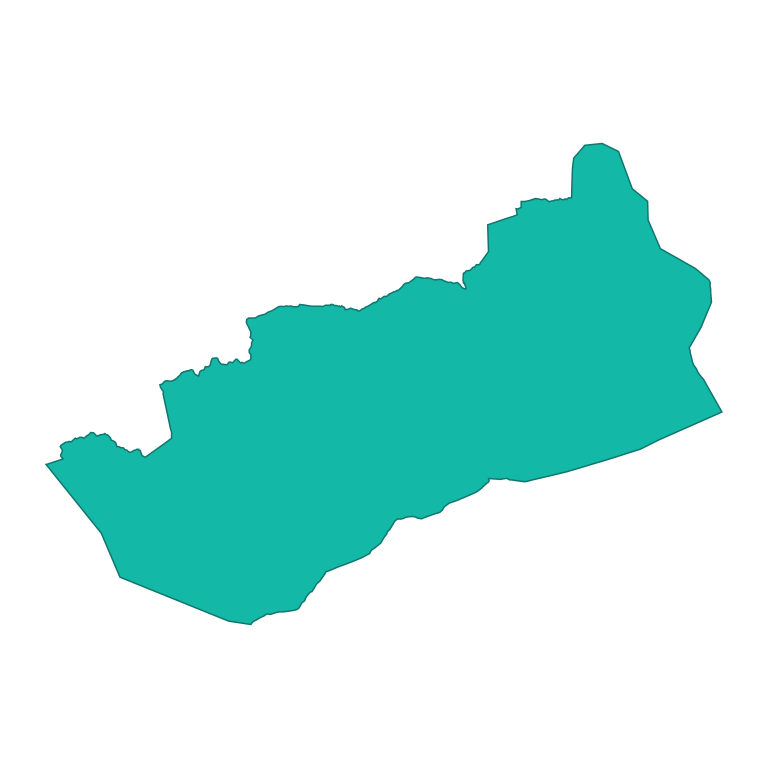 Sagil, Uvs, Mongolia
{"feature_id": "93677404B63603373870282", "entity_name": "Sagil", "entity_type": "district", "adm_level": 2, "iso_a3": "MNG", "parent_name": "Mongolia", "parent_adm1": "Uvs", "projection": "orthographic", "projection_center": [91.136, 50.315], "detail": "fine", "context": "isolated", "style": "filled", "palette": "teal", "viewbox_px": 768, "rotation_deg": 0, "n_neighbors": 0, "source": "geoboundaries", "source_scale": "gbopen_adm2", "svg_char_len": 6044}
<svg xmlns="http://www.w3.org/2000/svg" viewBox="0 0 768 768"><path d="M250.9,624.5L252.0,622.7L253.5,621.4L256.1,620.1L260.4,617.5L263.9,616.0L266.8,613.9L270.3,614.4L275.9,612.6L280.0,611.8L283.3,611.9L291.1,610.8L294.0,610.3L296.7,609.6L298.6,608.4L300.3,605.9L300.9,604.5L302.1,602.4L303.5,601.8L304.6,600.8L306.2,596.8L308.1,594.5L310.4,592.0L311.9,591.7L313.7,588.9L316.5,584.1L320.2,580.7L322.5,577.2L325.0,573.7L325.6,572.0L330.2,570.3L337.9,567.0L352.9,561.4L362.6,557.3L365.2,555.8L369.6,553.6L370.4,551.9L371.7,549.9L374.8,547.9L380.9,542.9L383.9,537.6L386.6,534.2L387.6,531.6L389.6,529.8L394.7,521.3L397.3,519.0L400.6,519.1L403.2,518.5L405.9,517.2L410.4,516.6L412.9,516.5L415.4,517.0L417.6,518.1L421.4,518.8L427.0,516.6L435.2,513.7L439.8,512.4L442.3,510.0L444.2,507.0L448.9,503.3L457.6,500.2L473.0,493.6L476.6,491.9L481.2,488.5L483.7,486.0L487.0,483.0L488.7,481.9L488.7,481.4L489.0,480.6L489.1,480.0L489.0,479.6L488.7,479.3L488.5,478.7L489.0,478.4L489.6,478.4L490.1,478.6L492.4,478.8L497.5,479.1L499.1,479.3L500.9,479.3L502.6,479.0L503.7,478.7L505.6,478.6L506.8,478.3L508.8,479.5L510.0,479.9L511.8,479.9L518.3,480.9L524.8,481.7L526.8,481.4L532.1,480.0L566.6,471.8L609.1,459.1L640.5,449.1L658.6,440.0L721.9,412.0L703.3,379.0L701.6,377.3L701.1,376.5L699.8,375.0L697.7,371.8L696.5,369.0L693.5,364.8L692.2,361.2L691.8,358.9L690.2,352.7L690.0,350.1L689.3,348.6L689.3,347.7L701.0,327.4L711.5,302.1L710.7,292.8L710.6,288.5L710.1,286.4L710.0,285.2L710.2,283.0L709.9,281.8L708.9,279.9L695.4,268.5L660.4,248.7L648.1,220.1L647.6,201.3L632.3,188.8L618.5,151.5L602.2,143.5L584.8,145.3L579.9,151.1L573.7,158.1L572.4,169.1L571.9,186.6L571.6,197.8L568.6,197.8L566.2,199.6L565.1,198.9L564.0,199.6L562.1,199.7L559.9,198.5L558.7,199.8L554.6,200.1L553.2,200.8L550.1,201.3L549.3,201.9L545.5,199.0L543.9,199.1L541.9,199.7L537.1,198.7L534.3,198.6L533.4,199.7L532.1,199.4L531.0,200.1L527.0,201.1L524.6,201.5L521.2,201.5L521.1,207.5L517.6,209.0L516.1,208.7L517.2,214.8L513.1,216.4L504.3,219.2L487.7,224.8L488.5,251.6L481.4,261.5L480.5,262.5L479.8,264.3L478.5,264.7L476.4,264.7L474.8,266.9L472.5,267.6L472.1,268.5L469.6,270.6L468.7,270.5L466.1,271.0L465.3,272.0L464.7,273.2L464.2,273.0L463.8,273.0L463.2,274.0L463.3,275.1L463.0,280.7L463.4,281.2L463.7,281.9L463.7,282.1L463.4,282.5L463.4,282.8L464.2,283.1L463.9,283.3L464.4,283.7L464.5,284.0L464.7,284.5L465.1,285.1L465.1,285.5L465.3,286.1L465.5,286.4L465.6,286.7L465.9,287.2L465.9,288.2L465.8,288.6L465.9,288.9L464.6,288.8L463.1,288.2L462.0,287.5L461.0,286.3L460.4,285.3L459.2,284.0L457.4,282.7L456.4,282.7L454.2,283.3L453.5,283.3L452.9,283.1L451.1,282.3L450.5,282.2L449.8,282.2L448.9,282.4L447.1,282.1L446.0,281.5L444.1,280.9L441.5,279.5L440.2,279.6L439.4,279.3L436.3,279.8L434.3,279.8L433.6,279.7L431.2,278.5L427.2,277.8L426.7,277.9L425.2,278.3L423.5,278.2L421.4,277.7L416.7,277.0L415.5,277.2L414.9,277.8L413.9,279.0L412.9,279.7L411.9,280.5L410.7,281.3L409.0,282.6L405.2,283.4L404.0,284.3L401.6,287.3L398.6,290.0L398.0,290.3L396.4,290.7L396.1,291.0L395.1,291.6L393.9,291.8L393.1,292.3L392.5,292.4L391.0,293.4L389.3,293.9L389.0,294.2L388.9,294.6L388.8,294.9L388.1,295.3L387.5,295.4L387.2,296.0L386.6,296.4L385.7,296.6L385.0,296.3L384.1,296.4L383.2,297.0L382.9,297.5L381.9,298.0L381.5,298.7L380.6,298.9L380.3,298.8L379.4,298.3L379.0,298.4L378.8,298.6L378.4,299.3L378.0,299.8L377.9,300.1L377.8,300.9L377.1,301.3L377.0,301.5L376.2,301.7L375.9,302.5L375.4,302.7L373.9,302.5L373.2,302.7L372.5,303.4L368.1,306.2L367.3,306.4L366.9,306.7L365.6,307.1L365.1,307.7L364.4,308.1L363.5,308.5L362.8,308.9L361.9,309.0L361.0,309.9L360.0,310.5L359.7,311.0L359.0,311.0L357.3,310.6L357.2,310.0L353.5,309.3L350.8,308.2L347.9,309.2L345.4,309.9L344.6,307.6L341.7,305.8L340.4,306.9L339.2,306.0L338.3,306.3L336.1,305.5L334.9,305.6L332.3,304.4L330.5,304.6L329.7,305.7L328.7,305.2L325.2,305.3L323.1,306.5L320.2,306.2L313.0,306.2L310.3,306.1L303.6,304.9L300.8,304.7L299.9,304.4L298.1,306.6L293.9,306.8L290.8,306.0L288.1,306.3L287.0,306.0L285.7,306.0L284.4,306.6L280.7,306.3L278.5,306.7L272.5,310.5L267.8,312.3L265.1,314.2L258.9,315.8L255.3,318.0L248.8,318.0L247.8,318.7L246.7,319.5L246.3,322.2L247.3,324.8L248.8,327.4L249.6,329.6L250.9,331.7L250.7,335.6L250.0,337.3L252.9,339.9L251.6,342.9L251.5,346.2L249.1,350.1L249.3,352.5L250.0,353.6L250.9,354.5L250.8,358.3L250.3,359.9L246.4,361.8L244.2,363.3L242.3,362.4L240.4,362.8L236.9,359.1L235.8,359.3L232.6,362.7L230.2,362.0L229.0,362.2L227.0,364.8L223.2,364.3L221.3,364.2L218.8,361.4L217.6,358.3L216.1,357.9L212.4,358.4L212.0,358.9L210.7,362.4L210.2,365.2L208.5,366.7L205.3,366.7L204.2,369.6L203.2,370.1L201.3,370.4L199.8,371.8L198.5,376.0L195.3,374.5L194.4,373.6L193.0,370.4L192.0,369.8L190.6,369.8L189.9,370.3L189.4,370.3L188.9,370.7L187.3,370.8L186.8,371.0L186.2,371.0L185.2,371.6L184.8,371.6L184.4,371.7L184.1,371.6L182.2,372.7L181.7,372.8L180.7,373.9L180.5,374.6L179.4,375.5L178.6,376.5L177.6,377.1L177.3,377.8L176.2,378.8L175.8,378.8L175.7,379.1L175.2,379.5L174.8,379.5L174.2,380.2L173.4,380.3L172.9,380.6L172.3,380.8L172.0,381.0L171.5,381.0L171.1,381.3L170.0,381.1L169.4,381.2L168.0,380.7L165.9,380.9L165.8,381.1L165.3,381.0L165.1,381.3L164.4,381.5L163.7,382.2L162.7,383.7L161.3,384.3L159.9,384.7L160.5,387.4L161.9,389.6L163.0,390.9L163.5,391.9L163.0,393.5L167.3,413.6L170.6,429.1L171.6,432.3L171.5,438.3L165.4,442.9L145.5,457.1L144.1,456.8L141.7,455.3L141.5,453.9L140.4,451.3L140.3,450.6L138.9,450.1L138.9,449.4L137.1,449.2L135.2,450.2L133.8,450.4L131.1,452.3L128.8,452.0L127.0,450.2L125.1,449.8L123.4,447.9L120.7,447.6L119.0,446.7L116.9,446.6L116.0,443.3L114.9,441.9L112.7,440.6L111.3,440.3L110.5,437.9L107.6,434.9L106.5,434.8L104.8,433.5L104.0,434.2L100.7,434.7L99.0,435.3L97.8,436.0L96.4,435.7L93.8,432.9L90.8,432.5L90.0,433.3L89.4,434.2L86.2,436.2L84.4,438.1L81.1,437.2L79.7,437.4L76.7,438.9L75.4,438.1L71.1,441.9L69.2,441.4L67.4,442.2L65.6,442.2L60.9,445.3L60.2,446.6L62.2,449.7L62.3,451.1L61.3,453.6L60.6,455.1L60.8,456.3L63.2,458.9L56.6,461.1L46.3,464.5L46.1,464.5L101.3,533.2L120.0,577.2L228.6,621.1L250.9,624.5Z" fill="#14b8a6" stroke="#0f766e" stroke-width="1.5"/></svg>